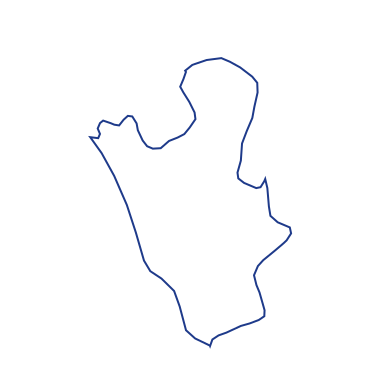 the border of Lozovo, rotated 203°
{"feature_id": "MKD-2931", "entity_name": "Lozovo", "entity_type": "Statistical Region", "adm_level": 1, "iso_a3": "MKD", "parent_name": "North Macedonia", "parent_adm1": "", "projection": "robinson", "projection_center": [21.908, 41.74], "detail": "fine", "context": "isolated", "style": "outline", "palette": "blue", "viewbox_px": 384, "rotation_deg": 203, "n_neighbors": 0, "source": "natural_earth", "source_scale": "10m", "svg_char_len": 1219}
<svg xmlns="http://www.w3.org/2000/svg" viewBox="0 0 384 384"><g transform="rotate(203 192 192)"><path d="M115.2,57.3L115.5,57.6L131.9,58.4L143.5,62.4L158.6,81.8L169.8,93.9L186.3,100.4L199.4,102.8L209.4,110.1L227.8,132.7L246.9,154.6L269.9,176.4L290.4,192.5L307.1,202.7L303.6,203.7L299.4,204.9L299.4,209.5L303.6,213.6L303.6,219.5L301.7,223.0L293.6,223.6L289.8,223.6L285.1,224.8L283.2,231.8L280.8,237.0L276.5,238.2L269.8,233.5L266.0,227.7L257.5,220.1L251.2,216.6L245.0,216.6L237.9,220.1L233.1,230.0L226.5,236.5L221.7,242.3L219.3,250.5L217.3,260.4L220.7,266.2L229.7,273.9L238.9,280.3L244.0,284.3L244.0,292.5L244.5,300.2L245.7,301.0L241.3,309.2L230.1,319.2L217.3,326.7L208.1,326.7L196.4,325.5L181.6,321.7L174.6,318.0L170.5,309.2L167.9,294.9L165.4,283.7L165.4,269.3L164.9,256.2L159.3,240.0L157.7,227.6L154.7,222.6L147.6,220.7L139.0,220.7L134.4,220.7L130.8,223.2L129.7,230.1L129.7,232.6L124.2,225.1L115.6,208.8L110.5,200.7L101.3,197.6L94.2,197.6L88.1,197.6L84.6,192.6L86.0,184.5L87.6,180.8L92.6,170.8L99.8,157.1L102.4,149.6L102.4,139.6L96.3,131.5L90.6,125.9L83.0,116.5L79.0,111.5L76.9,105.9L80.5,100.3L87.6,93.5L94.7,87.8L105.4,76.0L111.5,70.4L115.6,64.2L115.2,57.3Z" fill="none" stroke="#1e3a8a" stroke-width="2"/></g></svg>